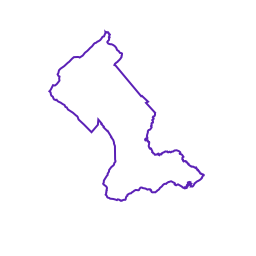 outline of La Candelaria, Salta, Argentina, rotated 213°
{"feature_id": "61730980B21173322628341", "entity_name": "La Candelaria", "entity_type": "district", "adm_level": 2, "iso_a3": "ARG", "parent_name": "Argentina", "parent_adm1": "Salta", "projection": "natural_earth1", "projection_center": [-65.359, -26.083], "detail": "fine", "context": "isolated", "style": "outline", "palette": "violet", "viewbox_px": 256, "rotation_deg": 213, "n_neighbors": 0, "source": "geoboundaries", "source_scale": "gbopen_adm2", "svg_char_len": 5721}
<svg xmlns="http://www.w3.org/2000/svg" viewBox="0 0 256 256"><g transform="rotate(213 128 128)"><path d="M199.1,196.0L198.6,195.3L198.5,194.1L198.0,191.8L199.0,190.6L199.0,188.2L199.2,186.6L200.1,184.5L200.7,183.9L201.1,182.3L202.1,181.0L202.4,180.0L202.6,177.0L203.4,174.3L203.6,173.0L204.1,170.5L205.1,167.7L205.4,164.1L206.9,160.8L207.8,160.7L208.7,160.3L212.0,157.9L212.7,155.4L213.4,151.5L214.0,149.9L215.2,145.1L216.9,141.0L217.3,138.8L216.3,136.1L216.3,134.7L214.7,133.8L213.5,133.9L212.8,132.2L211.3,130.4L211.4,128.6L211.7,125.8L212.4,123.9L213.2,123.4L214.2,123.1L213.7,118.5L213.7,116.6L213.9,116.0L212.3,115.7L210.9,114.1L209.9,113.4L208.1,113.3L206.3,112.0L205.2,111.7L204.6,112.0L203.7,112.1L203.2,112.8L202.6,112.5L201.3,112.2L199.9,112.3L198.4,112.6L195.8,112.5L193.8,112.7L191.9,111.6L190.5,111.9L188.5,110.8L182.4,110.8L178.4,110.2L177.2,110.2L176.3,109.9L174.1,108.2L166.7,106.9L156.3,104.6L155.0,114.3L157.5,118.9L152.5,117.4L152.6,116.8L149.0,116.0L148.9,115.3L143.7,114.2L143.5,114.5L137.0,111.4L137.1,111.1L133.9,109.9L131.8,108.2L131.4,107.4L129.1,105.7L121.9,94.9L121.3,94.1L120.5,93.5L120.2,92.7L120.4,91.7L120.3,90.8L119.8,89.7L119.9,88.6L120.5,86.8L120.8,85.6L120.8,84.1L121.0,82.7L120.2,81.0L120.2,78.6L119.5,77.6L119.7,76.2L119.6,70.8L118.6,69.0L118.5,67.8L117.9,67.4L114.3,67.1L113.2,66.5L112.6,65.6L112.5,64.9L111.8,64.2L111.9,63.3L111.2,62.6L111.1,61.8L110.5,60.9L110.4,59.9L109.2,59.7L107.7,58.7L107.1,58.6L105.5,59.1L104.5,59.0L101.8,60.4L99.4,61.2L98.0,61.5L97.7,62.6L97.1,62.8L96.3,63.1L95.4,63.0L94.8,63.4L94.3,63.1L93.6,63.6L93.0,64.8L92.5,65.4L91.2,66.3L91.1,66.8L91.9,68.8L92.0,69.9L91.6,70.8L92.1,71.8L91.7,72.5L91.1,73.8L89.9,74.9L89.6,76.3L88.8,77.9L88.6,78.9L87.7,80.3L85.4,81.4L85.0,82.1L85.2,83.4L85.0,84.8L84.0,85.6L82.8,85.7L80.2,86.8L78.9,86.8L78.0,87.0L77.7,87.6L76.8,88.1L76.3,88.6L75.4,88.6L75.1,88.0L74.5,88.2L73.9,87.5L73.1,87.2L72.4,87.4L70.9,88.5L70.0,89.0L69.8,89.9L69.4,90.7L69.4,91.6L68.9,92.4L68.5,93.6L68.6,95.0L67.9,97.1L67.7,98.0L67.7,99.0L67.3,100.4L66.5,101.5L65.6,101.9L65.4,103.1L64.6,104.8L64.0,105.3L63.4,106.2L62.8,106.8L61.2,107.0L60.3,107.0L59.5,107.2L58.5,107.1L58.2,106.1L57.0,106.0L56.3,106.3L55.7,107.6L55.3,108.0L50.7,108.2L49.9,107.9L47.9,108.2L47.9,108.6L48.2,109.1L48.0,109.3L47.7,109.3L47.5,108.6L47.2,108.6L46.9,109.0L47.2,109.5L46.2,109.6L46.1,109.8L46.2,110.1L46.9,110.4L47.2,111.2L47.3,111.5L47.0,111.6L46.4,110.8L46.2,111.3L46.7,111.8L46.7,112.3L47.2,112.7L47.0,112.9L46.7,112.6L46.1,112.9L46.0,113.2L46.7,113.7L47.0,114.3L47.3,114.3L47.3,114.5L46.7,114.7L46.8,115.0L48.0,114.7L48.1,114.9L47.9,115.1L47.1,115.4L47.0,115.6L47.3,116.0L47.1,116.2L46.5,115.9L46.0,115.9L45.9,116.2L45.3,115.5L44.6,115.7L44.6,114.9L44.5,114.7L44.6,114.4L44.2,113.8L43.8,113.7L43.6,113.3L43.4,113.6L43.1,113.8L42.4,113.7L42.0,114.2L41.8,114.9L41.8,117.0L42.0,117.6L41.9,118.1L41.6,118.7L41.2,120.3L40.7,121.3L40.2,122.0L39.3,124.0L38.9,125.5L39.0,126.0L38.8,126.2L38.8,126.5L39.1,127.1L39.0,127.3L39.2,128.8L38.7,129.5L38.9,129.9L39.5,130.0L40.3,129.6L41.0,129.7L41.4,129.4L41.7,129.4L41.7,129.6L41.8,129.4L42.3,129.6L42.7,129.3L44.1,130.0L44.3,130.3L44.7,130.4L45.2,130.2L45.5,130.4L45.7,130.7L46.2,130.8L46.8,130.5L47.0,130.6L47.0,131.1L47.8,131.1L48.7,131.7L48.9,131.7L49.2,131.2L49.4,131.2L49.6,131.7L49.9,131.4L50.5,131.4L50.9,131.1L52.0,131.2L52.7,130.7L53.3,130.6L53.6,130.2L53.9,130.1L54.4,130.3L55.0,130.1L55.6,130.2L56.7,130.2L57.4,130.6L57.8,130.4L58.0,130.5L58.0,131.0L58.9,131.0L59.7,131.2L60.2,131.0L60.3,131.0L60.5,131.6L60.8,131.7L62.0,131.5L62.7,130.9L63.1,130.3L63.5,130.5L64.1,130.5L64.3,130.7L64.6,131.4L64.7,131.5L65.4,131.4L66.1,132.5L66.2,132.9L65.8,134.0L67.9,134.9L68.8,135.0L70.3,134.5L70.6,134.6L70.6,134.9L70.4,135.4L70.5,135.6L71.0,136.1L71.4,136.2L72.8,136.3L75.1,135.8L76.8,134.4L77.3,132.9L78.5,131.9L78.6,131.4L78.9,130.9L79.2,130.7L80.1,130.8L81.1,129.4L81.6,129.4L81.8,129.6L82.3,129.7L83.2,128.9L83.9,128.7L84.5,127.6L84.6,127.2L85.2,126.5L85.5,125.6L85.9,125.2L85.6,124.3L85.6,124.1L85.9,124.0L86.3,123.9L86.9,123.4L86.8,122.3L87.3,122.2L88.1,122.9L88.5,123.1L88.9,122.7L89.0,121.8L89.2,121.5L89.7,121.4L90.3,120.6L91.0,120.2L91.6,120.6L92.4,120.7L93.0,120.5L93.7,121.0L94.6,120.9L95.1,121.9L96.0,122.3L96.2,122.5L97.4,123.3L97.7,123.3L97.7,122.8L98.0,122.6L98.4,122.6L99.5,123.1L100.8,124.1L101.2,124.9L101.3,125.4L101.9,126.5L102.1,127.1L102.7,127.8L103.8,127.4L104.1,127.6L104.6,128.4L104.8,128.4L105.2,128.2L106.3,127.2L106.7,127.1L107.3,127.5L107.5,128.4L107.2,129.1L106.4,129.6L106.2,129.9L106.3,130.2L106.6,130.6L107.7,131.4L108.3,132.9L109.0,135.3L109.6,136.1L109.6,136.7L109.6,137.5L108.8,138.4L108.6,139.1L108.5,141.3L108.7,141.7L109.7,142.0L109.8,142.3L109.6,142.7L109.6,143.2L110.6,144.3L110.7,144.6L110.8,145.1L110.1,146.0L110.2,146.5L110.9,147.3L111.9,147.7L112.0,147.8L111.9,148.3L111.6,148.4L111.5,148.7L111.4,149.1L111.6,149.7L111.7,150.0L112.0,150.1L112.3,150.1L113.0,150.4L113.1,151.3L112.4,152.2L112.3,152.6L112.5,153.8L113.2,154.7L113.5,155.3L113.5,155.5L126.6,158.9L125.5,161.0L133.8,162.5L134.2,161.8L172.4,173.6L173.7,173.4L173.9,174.7L173.4,176.5L172.8,177.8L172.8,178.5L172.4,180.0L172.1,182.0L172.1,184.2L172.7,184.9L172.8,185.8L173.6,187.2L174.7,187.1L175.7,186.6L177.8,187.5L179.0,187.4L179.7,187.5L180.2,188.0L180.9,188.2L181.6,188.9L183.9,189.5L185.9,189.5L187.3,189.3L188.0,189.0L188.4,188.6L189.6,188.2L190.8,188.1L192.2,188.8L192.2,190.2L191.9,191.2L192.3,192.4L192.9,193.1L192.9,193.3L193.0,193.5L192.9,193.7L193.6,193.9L193.6,194.2L193.3,194.4L194.0,195.4L194.1,196.5L194.5,196.6L194.9,196.3L195.6,196.9L196.6,197.4L196.8,197.1L197.1,197.1L197.4,196.7L197.9,196.9L198.0,196.7L198.7,196.5L198.7,196.0L198.8,195.9L199.1,196.0Z" fill="none" stroke="#5b21b6" stroke-width="2"/></g></svg>